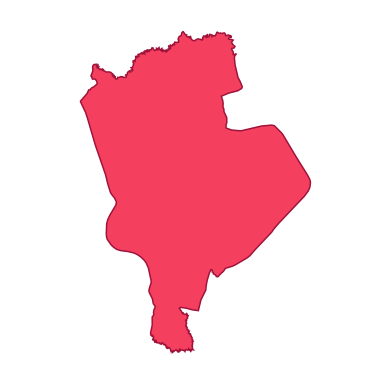 outline of Si Rattana, Si Sa Ket, Thailand, rotated 94°
{"feature_id": "78962969B55540018650075", "entity_name": "Si Rattana", "entity_type": "district", "adm_level": 2, "iso_a3": "THA", "parent_name": "Thailand", "parent_adm1": "Si Sa Ket", "projection": "mercator", "projection_center": [104.475, 14.809], "detail": "fine", "context": "isolated", "style": "filled", "palette": "rose", "viewbox_px": 384, "rotation_deg": 94, "n_neighbors": 0, "source": "geoboundaries", "source_scale": "gbopen_adm2", "svg_char_len": 5891}
<svg xmlns="http://www.w3.org/2000/svg" viewBox="0 0 384 384"><g transform="rotate(94 192 192)"><path d="M349.3,179.7L348.6,180.5L346.2,180.8L345.3,181.3L344.7,180.8L343.8,181.0L342.5,180.7L341.5,181.4L340.7,180.4L339.9,181.2L339.2,181.1L338.8,181.8L337.2,181.7L336.2,182.8L335.8,182.7L335.5,183.3L334.7,183.2L334.4,183.8L333.6,183.8L333.7,184.4L333.2,184.9L333.3,185.6L331.4,185.1L331.7,185.7L330.1,185.8L330.0,186.4L329.6,186.6L329.8,187.0L329.4,187.4L327.4,187.4L327.1,188.3L326.3,188.8L325.9,188.3L324.6,188.8L323.7,188.6L323.4,188.2L321.5,188.9L320.7,188.4L320.4,188.7L320.7,189.3L320.4,189.4L318.3,187.6L317.5,187.9L315.6,187.2L315.7,188.0L315.4,188.7L314.3,188.3L313.6,188.8L314.5,189.6L314.2,192.5L313.2,192.4L313.0,193.7L311.8,194.1L308.8,196.6L308.0,195.4L308.0,193.5L308.3,189.5L309.5,183.5L309.9,177.4L299.1,175.6L288.9,171.4L284.6,171.3L279.0,170.7L271.2,168.9L268.0,167.6L268.7,166.2L270.3,166.3L270.8,165.1L272.1,165.1L272.9,163.0L273.3,162.9L273.6,162.2L274.7,161.8L274.7,160.1L271.9,158.0L268.8,155.0L265.8,153.3L263.2,146.5L261.6,143.6L254.0,132.6L251.4,129.7L245.0,124.9L226.5,109.7L223.2,107.8L217.0,103.2L188.5,79.7L183.1,76.2L179.3,74.8L175.4,74.5L173.5,74.6L171.0,75.5L167.4,77.7L149.5,90.7L128.6,105.2L126.7,106.9L120.1,114.5L119.7,117.3L121.3,127.1L127.6,147.6L127.4,156.8L125.9,162.2L124.7,162.7L121.9,162.6L120.4,162.1L115.2,162.6L109.6,165.7L107.1,166.0L104.7,167.1L101.3,167.1L100.5,167.5L99.2,167.5L94.4,169.4L90.8,162.3L87.8,153.3L85.4,149.9L84.4,149.3L83.3,149.3L78.9,151.4L74.5,154.1L62.2,157.9L55.1,159.1L53.0,158.7L51.4,157.6L51.2,158.1L52.1,159.7L52.1,160.4L49.7,160.6L47.7,161.7L46.7,162.6L46.0,162.3L45.4,160.1L44.0,159.3L43.5,159.5L42.5,161.2L40.1,162.9L39.1,162.6L37.6,161.5L37.0,163.9L37.2,165.2L36.8,166.3L35.6,165.9L34.7,165.2L35.1,164.3L34.9,163.7L33.8,163.8L33.4,164.3L33.3,165.5L32.8,166.4L33.7,169.1L32.0,169.8L31.0,170.9L31.8,173.5L31.4,174.8L31.8,176.1L30.8,177.9L31.1,178.4L34.6,179.6L34.4,181.2L35.6,182.9L33.9,183.0L33.9,184.2L33.4,185.1L33.8,185.5L35.1,185.5L35.8,185.9L36.3,187.6L35.7,187.8L34.3,187.2L33.9,187.6L35.3,189.2L36.5,188.8L35.5,190.9L35.6,191.4L36.8,191.5L37.1,192.1L39.1,191.9L39.7,192.6L39.7,193.1L39.0,193.7L39.3,194.6L38.9,195.5L38.9,197.2L41.1,200.4L40.4,202.5L39.4,203.2L38.8,204.5L37.6,203.9L36.9,204.6L37.5,205.2L37.3,206.0L37.8,206.3L37.5,207.6L36.6,208.5L35.7,208.2L35.3,209.8L32.7,211.9L32.7,212.3L33.9,213.3L36.6,213.6L37.8,215.6L39.4,216.3L40.7,216.5L41.4,215.9L43.5,215.9L43.5,217.0L44.1,217.9L43.6,219.5L45.4,220.4L45.9,219.7L46.5,219.8L46.2,221.6L47.7,222.1L46.9,223.8L48.0,223.9L47.9,225.4L48.5,225.5L49.0,225.1L49.0,224.8L48.5,224.5L48.7,223.9L49.4,223.9L49.8,223.4L50.2,223.4L50.8,224.1L50.4,224.9L51.2,224.8L51.1,225.7L51.9,225.5L54.1,227.5L54.0,228.0L53.6,228.1L53.0,227.6L52.9,227.0L52.1,227.2L52.4,228.4L53.0,228.3L53.4,228.8L52.5,230.4L53.9,230.7L53.9,231.4L53.6,231.7L52.3,231.6L53.0,232.6L52.8,233.1L52.4,233.0L51.7,232.0L51.0,232.1L51.8,232.9L52.1,234.5L50.2,235.0L51.2,235.8L52.2,235.6L52.5,236.5L51.5,236.4L51.1,237.5L52.9,237.2L52.9,238.4L53.6,239.2L51.8,240.7L51.0,241.0L50.9,241.6L51.2,242.2L52.8,242.5L53.3,244.5L54.7,244.4L55.1,246.3L53.5,245.7L53.3,246.5L54.2,247.7L54.7,247.3L55.4,247.6L55.3,248.3L54.6,248.9L54.9,249.5L55.5,249.6L57.2,249.0L56.4,250.0L56.3,250.6L57.4,250.6L57.9,251.0L56.7,252.3L57.9,253.2L58.4,255.3L58.8,255.4L59.3,254.6L60.3,254.5L59.8,255.4L61.0,255.9L60.4,256.8L60.7,257.7L61.3,257.5L61.6,256.4L62.3,257.5L63.1,257.5L64.3,258.1L65.0,257.7L65.7,257.9L64.9,258.9L65.3,259.9L66.7,259.9L68.0,259.1L68.8,259.5L69.5,259.3L71.9,260.2L72.3,261.4L73.5,259.9L75.1,259.7L75.3,260.1L74.6,261.2L76.7,261.7L76.7,262.1L75.7,262.5L75.5,262.9L77.0,264.5L77.9,264.9L78.5,264.5L79.2,264.6L79.6,265.2L79.6,266.1L80.0,266.4L80.5,265.6L82.0,265.7L82.5,268.4L81.9,269.1L81.8,269.6L82.3,270.3L81.8,271.0L82.9,272.8L82.8,274.1L84.4,274.6L84.6,275.7L83.9,276.6L82.4,276.6L82.8,277.7L82.4,278.7L81.8,278.8L81.6,277.9L81.1,277.8L80.7,278.3L80.8,279.6L79.5,279.5L79.3,280.4L78.3,281.3L78.0,283.3L78.3,286.3L77.6,287.1L77.4,288.3L76.3,288.7L75.6,289.6L76.7,289.9L75.6,291.5L76.3,292.5L75.3,293.3L75.0,294.5L73.9,293.9L74.3,295.3L73.7,295.2L73.2,294.4L71.9,294.6L72.9,295.9L72.7,296.1L71.2,296.0L71.7,298.7L72.8,299.6L74.9,299.9L75.8,299.5L78.7,299.5L83.1,300.9L83.8,300.6L84.1,299.9L85.2,299.8L86.3,299.1L86.1,296.5L87.7,295.1L89.5,294.3L90.8,294.2L93.6,296.9L95.2,299.4L96.4,300.5L97.3,300.8L97.4,302.2L101.0,303.5L109.0,309.5L109.8,309.5L120.1,303.7L125.2,301.6L152.0,291.7L180.9,279.4L190.0,276.5L198.0,273.4L199.9,272.1L203.5,268.8L206.6,267.0L208.0,266.7L210.4,267.1L221.0,272.4L225.4,274.1L229.9,274.9L239.7,274.6L242.7,274.1L245.1,273.3L250.4,269.0L252.7,266.2L254.4,263.3L255.4,259.4L255.9,251.4L256.8,246.1L257.8,243.1L259.0,240.8L260.6,238.2L263.5,234.8L265.9,232.8L270.6,230.3L282.9,226.7L285.2,226.4L290.4,227.7L293.0,228.1L295.1,227.7L301.3,224.1L306.2,222.8L308.7,220.7L310.1,220.9L312.1,221.7L314.9,222.0L317.4,221.6L319.4,223.0L327.6,222.4L335.6,223.5L337.7,223.0L337.7,222.5L338.5,222.1L338.7,221.6L338.5,221.3L337.7,221.8L337.7,221.4L339.3,220.3L340.3,220.5L341.3,220.0L341.5,220.8L342.1,220.9L342.7,219.4L343.3,218.8L342.6,218.1L342.6,217.7L343.4,217.6L344.0,218.8L344.5,218.6L344.3,217.6L343.4,217.1L344.9,216.5L344.9,213.8L345.6,213.4L346.0,212.0L345.3,211.6L344.8,211.8L344.6,210.7L346.2,209.7L345.9,209.1L346.2,207.8L347.0,208.0L347.6,206.7L348.9,206.9L349.8,205.7L349.7,205.3L348.9,205.7L348.5,205.3L349.3,204.6L349.0,203.9L349.5,203.0L352.8,201.7L351.8,200.4L351.8,199.8L353.2,200.1L350.5,196.9L351.0,196.1L352.2,195.4L352.6,194.2L351.3,194.4L351.6,193.1L351.4,192.8L351.1,192.9L350.6,193.7L349.6,193.2L350.4,192.1L350.5,189.3L351.0,188.7L350.4,188.1L351.2,187.8L350.2,187.5L349.6,186.5L350.1,185.2L349.6,184.9L349.8,184.2L348.6,184.2L349.2,183.5L349.2,182.5L350.0,183.0L351.1,182.2L349.3,181.2L349.3,179.7Z" fill="#f43f5e" stroke="#9f1239" stroke-width="1.5"/></g></svg>